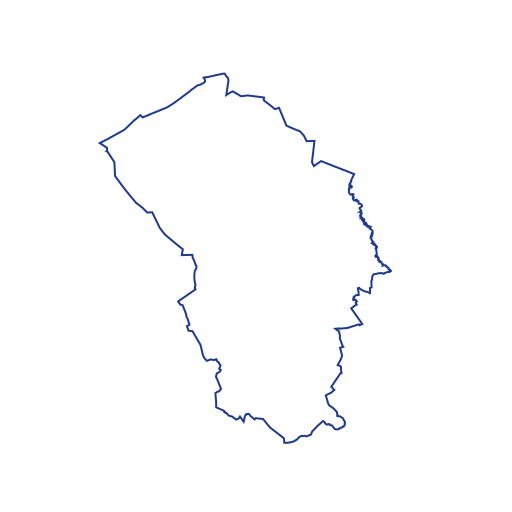 Ķeipenes pag., Ogre, Latvia (Albers equal-area conic projection), rotated 50°
{"feature_id": "27541924B50281047357310", "entity_name": "Ķeipenes pag.", "entity_type": "district", "adm_level": 2, "iso_a3": "LVA", "parent_name": "Latvia", "parent_adm1": "Ogre", "projection": "albers", "projection_center": [25.174, 56.905], "detail": "fine", "context": "isolated", "style": "outline", "palette": "blue", "viewbox_px": 512, "rotation_deg": 50, "n_neighbors": 0, "source": "geoboundaries", "source_scale": "gbopen_adm2", "svg_char_len": 6093}
<svg xmlns="http://www.w3.org/2000/svg" viewBox="0 0 512 512"><g transform="rotate(50 256 256)"><path d="M354.2,162.3L353.8,162.6L353.0,162.8L352.6,162.1L352.3,162.2L352.0,162.7L351.2,162.9L350.0,162.1L349.4,162.7L349.0,162.8L348.1,162.5L347.8,162.6L347.5,163.0L346.4,162.7L346.1,163.3L345.4,163.9L345.1,164.5L345.0,163.9L344.4,163.8L344.3,164.4L343.7,164.6L342.6,164.5L341.6,163.9L340.9,164.4L340.3,164.2L340.0,165.1L339.4,164.7L338.7,164.9L338.9,164.4L338.7,164.4L338.4,164.3L337.9,164.9L337.6,164.8L337.2,164.6L337.0,164.1L336.7,164.1L336.5,163.5L335.7,163.9L334.8,163.3L333.7,164.7L333.2,164.8L332.7,164.6L332.5,164.0L333.7,163.4L333.5,163.2L332.3,162.7L331.8,161.9L327.9,159.6L327.6,159.2L327.5,158.8L327.1,159.0L327.1,157.7L326.2,157.3L325.9,157.4L325.6,157.8L325.3,157.4L324.3,157.8L323.8,157.4L323.5,158.0L322.8,158.3L323.0,158.5L322.7,158.8L321.9,158.4L322.0,157.8L321.8,157.7L321.4,158.1L321.5,157.6L321.5,157.3L321.2,157.1L320.4,157.4L320.3,158.2L319.9,157.9L319.8,157.4L319.2,157.0L318.2,157.1L317.6,156.7L316.0,156.8L314.7,155.3L315.4,154.8L314.7,154.2L314.7,153.7L313.9,153.7L313.4,153.3L313.5,152.7L313.8,152.5L313.7,152.3L313.5,152.1L313.1,152.4L312.9,152.3L312.7,152.0L312.6,151.1L311.8,150.6L308.4,150.8L308.5,151.1L308.2,151.3L307.9,150.6L307.7,150.5L307.6,150.9L307.2,150.7L307.3,149.9L306.7,150.4L306.3,149.9L305.8,150.3L305.9,150.6L305.5,150.7L305.6,151.2L305.1,151.3L305.2,151.7L305.0,151.8L304.6,151.4L303.9,151.4L303.9,151.8L303.7,151.9L303.1,151.9L303.0,151.6L303.6,151.0L303.1,151.0L302.9,151.4L302.7,151.4L302.8,150.9L301.6,150.4L301.0,150.8L301.7,152.6L301.3,152.8L299.6,151.9L299.3,151.1L299.0,150.8L298.6,151.1L298.0,150.8L297.9,151.0L298.3,151.3L298.0,151.6L297.5,151.2L297.5,150.4L298.1,150.0L297.8,149.8L297.3,150.2L296.8,150.1L296.7,149.7L296.5,149.8L296.3,150.3L295.9,150.3L295.9,151.2L295.2,150.7L295.3,150.5L294.8,150.3L294.4,150.6L294.2,151.7L293.8,151.5L293.5,151.1L293.3,149.8L293.1,149.6L292.3,149.5L292.0,149.9L291.9,149.4L291.4,149.3L291.1,149.0L291.0,148.4L291.3,147.6L289.8,147.3L289.0,148.1L289.2,146.5L289.1,146.3L286.2,146.2L285.9,145.9L285.7,145.4L286.1,143.4L285.8,142.5L284.9,142.1L282.9,142.6L282.0,143.7L279.9,142.3L279.4,142.6L278.9,143.7L278.5,143.7L278.3,143.3L278.3,142.8L278.1,142.6L277.6,142.7L277.3,143.1L276.7,145.0L276.3,145.3L274.3,144.9L274.1,144.6L274.2,143.5L273.9,143.4L273.0,143.7L272.3,143.6L271.9,142.8L271.8,142.1L271.5,141.8L271.2,141.7L271.0,142.3L270.3,142.7L270.0,143.7L269.5,144.2L268.5,144.2L266.9,143.9L266.0,143.1L265.5,142.1L264.7,142.1L263.9,141.4L264.0,140.8L264.7,139.3L264.8,138.4L264.7,138.1L263.7,137.8L263.0,137.9L262.7,138.6L262.7,139.4L262.6,139.5L262.3,139.0L261.0,138.4L261.0,137.5L260.8,136.8L260.1,136.1L260.3,135.2L259.3,134.7L256.3,128.2L225.1,145.2L224.3,153.9L220.1,152.8L205.4,137.2L200.6,143.4L195.0,142.0L189.0,142.1L182.8,145.4L175.7,148.9L157.3,143.1L155.6,147.2L151.6,147.8L141.7,150.0L139.7,148.0L127.6,159.2L124.1,164.7L114.9,168.0L114.3,170.4L113.6,175.3L103.8,164.2L101.2,162.9L99.8,163.3L96.7,162.8L95.7,163.1L92.0,169.9L87.6,178.6L87.0,179.0L85.7,181.4L87.5,181.6L88.8,182.2L89.6,182.9L89.8,184.0L89.6,185.5L89.1,187.4L89.1,188.3L87.7,191.1L87.3,197.4L87.1,198.9L87.3,200.4L86.2,218.8L85.8,222.9L84.9,228.9L78.9,247.5L79.0,247.6L76.9,253.8L73.8,254.0L73.9,261.1L73.7,261.4L74.6,273.2L74.7,275.7L71.1,294.2L69.1,303.1L77.4,300.6L79.9,302.6L79.8,303.1L80.7,302.7L93.1,304.2L104.2,312.6L121.0,313.6L138.1,313.7L145.7,312.0L152.8,311.4L155.8,307.4L172.4,311.6L180.8,312.0L195.6,309.4L203.8,307.7L207.6,312.3L214.2,304.0L216.6,305.6L219.4,306.2L224.1,308.0L225.1,307.9L225.9,308.4L227.0,309.8L228.4,312.8L230.9,315.5L234.7,318.5L239.4,321.1L240.5,322.8L240.8,322.8L241.5,323.7L242.7,323.8L240.8,344.0L240.8,344.9L244.5,345.2L246.3,343.8L254.8,346.6L257.9,348.3L259.8,348.6L265.9,351.2L265.9,351.3L265.3,354.0L269.9,355.7L272.8,353.0L288.5,355.7L298.5,360.7L302.3,361.2L304.7,361.0L306.1,357.2L309.0,354.8L309.1,354.0L309.4,352.8L309.6,352.7L311.3,353.4L314.0,353.0L314.3,353.3L317.0,353.5L318.8,356.7L320.7,356.3L321.4,358.2L320.7,361.6L323.0,364.5L324.6,364.7L335.3,368.2L335.9,371.1L335.2,373.0L335.0,375.3L342.9,380.9L346.3,383.8L353.7,380.2L354.8,380.0L354.9,380.3L355.2,380.1L355.6,380.5L357.0,380.0L357.2,379.6L360.8,379.5L363.3,377.7L364.5,377.2L365.7,377.2L366.7,376.6L368.0,376.7L368.5,376.4L368.6,375.7L369.1,375.0L369.3,373.8L369.1,372.7L368.7,371.5L375.0,372.0L373.4,369.8L372.3,368.6L371.1,366.5L370.8,365.3L371.1,364.8L371.4,364.8L371.4,364.4L372.2,363.0L374.1,362.9L374.7,363.1L380.3,362.1L380.1,360.4L385.4,355.4L396.3,355.5L413.5,351.8L415.5,353.0L417.1,354.4L418.5,353.0L419.3,352.0L421.2,348.7L422.4,345.9L422.5,344.6L422.9,342.6L422.8,341.5L422.5,340.1L422.7,339.1L422.7,337.7L422.9,337.1L424.0,336.0L424.8,334.5L426.6,333.3L428.1,328.6L426.6,326.0L425.7,317.8L425.5,310.7L427.6,310.2L428.4,310.6L430.5,310.3L431.5,308.3L432.1,307.8L432.6,308.1L433.0,308.0L433.8,307.5L434.6,306.7L438.5,306.9L439.4,306.7L440.2,306.2L441.0,305.3L441.8,303.8L441.9,303.2L441.6,302.9L441.6,302.4L442.8,300.0L442.4,298.9L442.9,298.4L442.8,297.8L442.5,296.6L441.1,295.5L440.8,294.8L440.1,294.5L438.2,294.3L436.5,293.7L433.0,294.6L430.9,296.6L430.5,296.4L430.5,295.9L429.8,295.6L429.7,295.4L429.0,295.3L427.7,294.3L422.9,294.5L417.0,296.0L415.8,295.5L414.4,295.3L413.3,294.6L408.1,292.4L407.6,292.1L409.0,286.3L408.9,282.1L404.6,282.4L400.1,266.7L400.7,265.8L397.2,263.6L395.7,262.2L394.5,262.2L392.1,263.6L389.6,257.3L387.7,254.1L380.3,250.6L381.6,247.6L381.1,247.6L373.9,245.1L372.5,244.4L371.1,242.9L367.0,240.9L364.4,241.6L362.8,241.9L365.0,238.7L365.4,238.7L369.8,232.4L374.5,221.1L375.6,221.2L376.4,218.3L357.3,216.7L357.7,210.6L357.9,210.1L355.8,209.6L355.6,207.9L353.4,208.0L352.4,209.7L351.0,208.9L351.1,207.7L350.2,207.4L350.4,204.3L351.9,202.5L349.4,200.5L347.6,199.7L346.2,198.7L346.6,197.5L348.3,197.4L352.9,195.5L354.9,193.9L357.7,192.5L353.8,189.3L354.3,187.7L349.1,183.5L348.7,182.3L346.4,180.1L345.6,177.8L348.7,172.1L349.0,172.0L350.4,170.2L351.8,169.6L351.7,168.5L352.8,165.5L354.1,163.9L354.3,162.4L354.2,162.3Z" fill="none" stroke="#1e3a8a" stroke-width="2"/></g></svg>